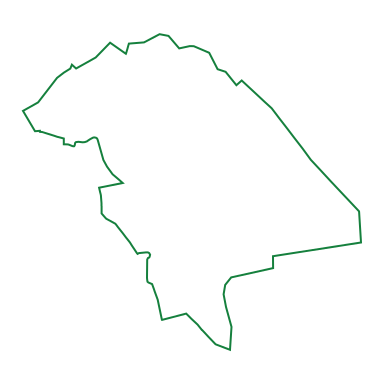 outline of Baqim, Sa`dah, Yemen
{"feature_id": "15242507B7322189246473", "entity_name": "Baqim", "entity_type": "district", "adm_level": 2, "iso_a3": "YEM", "parent_name": "Yemen", "parent_adm1": "Sa`dah", "projection": "natural_earth1", "projection_center": [43.404, 17.39], "detail": "fine", "context": "isolated", "style": "outline", "palette": "green", "viewbox_px": 384, "rotation_deg": 0, "n_neighbors": 0, "source": "geoboundaries", "source_scale": "gbopen_adm2", "svg_char_len": 1764}
<svg xmlns="http://www.w3.org/2000/svg" viewBox="0 0 384 384"><path d="M162.0,319.9L186.2,313.6L191.6,319.0L197.6,324.6L201.9,330.0L202.1,330.0L208.7,337.1L215.5,344.2L216.1,344.5L230.0,349.8L231.5,326.9L226.0,306.9L223.6,294.3L225.2,284.9L231.2,277.4L273.1,268.1L273.0,256.2L361.0,242.5L359.1,211.8L359.0,211.3L349.7,201.4L338.2,189.2L330.3,180.8L319.4,169.0L310.8,159.8L302.4,148.3L294.1,137.6L287.1,128.4L279.5,118.6L271.7,108.3L264.8,102.0L248.8,87.1L241.7,80.5L236.4,85.2L225.6,71.8L217.6,69.2L209.2,52.8L201.3,49.4L193.8,46.2L189.8,46.1L179.2,48.4L168.5,35.9L159.6,34.2L144.0,42.4L128.9,43.6L128.3,45.6L127.4,48.9L126.0,53.6L125.9,53.8L110.1,42.7L106.5,46.4L95.7,57.5L76.1,68.5L71.9,64.7L70.3,68.6L63.9,72.6L57.1,77.8L38.1,102.4L23.0,110.9L35.0,131.2L36.6,131.1L39.9,130.8L39.9,131.8L40.5,131.9L42.1,132.0L54.0,135.7L57.5,136.9L58.1,137.0L61.2,137.8L63.8,138.5L63.8,144.3L67.9,144.4L69.0,144.7L72.4,146.1L73.7,146.3L74.2,146.2L74.7,145.3L75.2,142.8L76.0,142.1L78.5,141.8L81.8,142.2L82.8,142.3L84.8,142.1L86.9,141.4L88.4,140.3L90.3,139.1L92.9,137.7L94.1,137.4L95.9,137.7L97.1,138.5L97.8,140.2L103.4,160.0L107.0,166.6L112.6,174.3L119.1,179.8L122.7,183.0L99.1,187.7L100.1,192.1L100.6,194.0L100.9,195.4L100.9,195.5L101.5,203.2L101.5,205.8L101.6,206.3L101.6,208.4L101.6,213.5L104.4,216.7L105.1,217.5L106.2,218.7L115.3,223.7L115.4,223.8L116.3,224.9L118.0,227.2L120.3,230.1L120.7,230.6L122.3,232.6L123.6,234.3L125.7,237.1L129.9,242.4L131.9,245.6L137.1,253.4L137.6,253.9L138.9,253.1L146.0,252.4L147.9,252.4L149.2,253.1L150.1,254.7L149.6,256.8L149.2,257.5L147.9,258.1L147.2,259.6L147.0,277.9L147.2,279.9L147.5,281.7L148.4,282.5L152.1,284.1L154.0,289.3L154.6,291.2L157.7,299.7L161.4,317.4L161.9,319.8L162.0,319.9Z" fill="none" stroke="#15803d" stroke-width="2"/></svg>